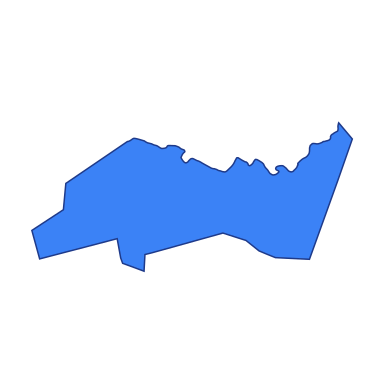 Petoa, Santa Bárbara, Honduras (Mercator projection), rotated 22°
{"feature_id": "27666195B13660887224612", "entity_name": "Petoa", "entity_type": "district", "adm_level": 2, "iso_a3": "HND", "parent_name": "Honduras", "parent_adm1": "Santa Bárbara", "projection": "mercator", "projection_center": [-88.208, 15.281], "detail": "fine", "context": "isolated", "style": "filled", "palette": "blue", "viewbox_px": 384, "rotation_deg": 22, "n_neighbors": 0, "source": "geoboundaries", "source_scale": "gbopen_adm2", "svg_char_len": 5852}
<svg xmlns="http://www.w3.org/2000/svg" viewBox="0 0 384 384"><g transform="rotate(22 192 192)"><path d="M302.1,72.9L302.1,73.6L302.2,73.9L302.4,75.2L302.6,76.1L302.7,76.4L303.2,77.5L303.6,78.2L303.8,78.8L303.9,79.1L304.1,79.9L304.2,80.6L304.2,80.8L304.1,81.0L304.0,81.3L303.8,81.5L303.5,81.8L303.3,82.0L302.7,82.8L302.0,83.6L301.7,84.0L300.8,85.5L300.3,86.1L300.1,86.5L299.9,86.8L299.8,87.2L299.7,87.8L299.7,88.2L299.7,88.7L299.7,88.9L299.8,89.1L299.9,89.3L300.1,89.5L300.3,90.2L300.3,90.4L300.2,91.0L300.2,91.4L300.1,91.7L299.9,92.1L299.7,92.4L299.5,92.6L298.9,93.2L298.3,93.7L298.1,93.9L297.8,94.1L297.5,94.2L296.5,95.1L295.9,95.5L295.5,95.7L295.3,95.8L295.1,95.9L294.8,96.1L294.7,96.2L294.6,96.3L294.4,96.7L294.2,97.1L292.3,99.0L291.8,99.4L291.4,99.7L291.1,99.9L290.6,100.2L289.8,100.6L289.5,100.7L288.0,101.0L286.8,101.4L286.5,101.5L286.2,101.6L285.9,101.8L285.7,102.0L285.4,102.1L285.3,102.3L284.8,103.4L284.3,104.3L284.2,104.5L284.3,105.4L284.4,106.5L284.5,106.9L284.5,107.2L284.7,107.6L285.2,108.9L285.6,109.9L285.8,110.8L286.0,111.7L286.1,112.1L286.1,112.6L286.0,113.1L285.9,113.7L285.7,114.6L285.5,115.2L285.3,115.8L284.9,116.5L284.6,117.0L284.4,117.4L284.1,117.7L283.5,118.3L282.8,119.1L282.2,119.9L281.9,120.4L281.6,120.8L281.3,121.5L280.8,122.3L280.2,123.8L279.7,125.0L279.5,125.7L279.4,125.8L279.5,126.0L279.7,126.5L279.8,126.7L280.1,127.0L279.9,127.2L279.9,127.4L279.9,127.6L279.9,128.1L280.0,128.4L279.9,129.5L279.9,130.0L279.7,130.7L279.6,131.1L279.4,131.6L279.1,132.4L278.5,133.6L278.4,133.9L278.3,134.4L278.1,134.7L278.0,135.0L277.6,135.4L277.1,135.8L276.8,136.0L276.6,136.1L276.3,136.3L276.0,136.3L275.5,136.4L275.1,136.4L274.5,136.4L274.1,136.4L273.6,136.3L273.4,136.2L272.9,136.0L270.2,134.6L269.9,134.5L268.1,134.0L267.0,133.7L266.6,133.7L266.3,133.7L265.9,133.8L265.5,133.9L265.1,134.1L264.5,134.3L264.2,134.5L263.6,134.8L262.8,135.3L262.1,135.8L261.6,136.3L261.1,136.9L261.0,137.0L260.9,137.2L260.8,137.4L260.8,137.7L260.7,138.1L260.7,138.3L260.7,138.5L260.8,138.7L260.8,138.9L260.9,139.0L261.0,139.2L261.3,139.5L261.5,139.7L261.7,139.8L261.9,139.8L262.4,139.9L263.0,140.0L264.0,140.0L264.3,140.1L264.5,140.2L264.7,140.3L264.8,140.4L264.9,140.5L265.0,140.9L264.9,141.3L264.8,141.6L264.6,142.0L264.3,142.6L263.7,143.6L263.4,144.0L263.2,144.2L262.5,144.8L261.9,145.2L261.6,145.4L261.2,145.6L260.9,145.8L260.5,145.9L260.2,145.9L259.8,146.0L259.5,145.9L259.2,145.9L258.7,145.8L258.4,145.7L257.7,145.7L257.4,145.6L256.9,145.3L256.3,144.9L255.6,144.5L254.8,143.9L254.1,143.4L252.7,142.7L252.1,142.4L251.4,142.1L250.9,141.8L250.6,141.7L249.9,141.1L249.2,140.6L248.9,140.3L248.4,139.8L248.1,139.5L247.8,139.3L247.5,139.1L247.1,139.0L246.7,138.8L246.2,138.6L245.5,138.4L243.9,138.1L243.0,138.0L242.3,137.8L240.9,137.7L240.2,137.6L239.7,137.7L239.2,137.8L238.8,137.9L238.7,138.0L238.4,138.4L238.3,138.7L238.2,139.1L237.9,140.2L237.8,140.9L237.7,141.8L237.7,142.3L237.6,142.6L237.4,143.2L237.1,143.9L236.9,144.4L236.6,144.8L236.3,145.3L236.1,145.6L235.9,145.8L235.7,145.9L235.5,146.0L235.2,146.1L234.8,146.0L234.5,146.0L234.1,145.9L233.9,145.6L233.6,145.2L233.4,145.0L233.2,144.8L232.9,144.6L232.6,144.4L232.2,144.2L231.8,144.1L231.5,144.0L231.2,143.9L230.9,143.9L230.5,144.0L230.0,144.1L229.8,144.1L229.5,144.1L226.0,143.7L222.1,143.0L221.8,143.0L221.5,143.1L221.1,143.3L220.9,143.4L220.7,143.7L220.6,143.8L220.6,144.0L220.2,147.0L220.2,148.0L220.1,148.9L220.0,149.9L219.8,151.0L219.6,151.8L219.4,152.4L219.3,152.8L219.0,153.7L218.4,155.0L218.1,155.7L216.5,159.3L216.3,159.6L216.1,159.9L215.9,160.2L215.7,160.5L215.2,160.9L214.9,161.1L214.5,161.2L214.2,161.4L213.8,161.4L212.6,161.7L210.4,161.8L209.9,161.9L209.2,162.0L208.6,162.1L208.3,162.1L208.0,162.1L207.2,162.0L206.7,161.9L206.1,161.9L205.2,162.0L204.6,162.0L203.8,162.1L203.3,162.3L202.7,162.5L202.4,162.5L201.8,162.6L201.2,162.6L200.7,162.6L199.1,162.4L196.6,162.1L194.0,161.8L190.1,161.3L189.1,161.1L187.2,160.9L186.7,160.9L186.2,160.9L185.8,160.9L185.1,161.0L184.6,161.0L181.0,160.7L180.4,160.7L180.2,160.7L179.7,160.9L179.3,161.1L179.1,161.2L178.9,161.3L178.7,161.5L178.4,161.8L178.3,162.0L178.1,162.3L178.0,162.6L177.9,162.9L177.7,163.3L177.5,163.7L177.2,164.5L177.0,165.4L176.9,165.6L176.5,166.2L176.2,166.6L176.0,166.8L175.8,167.0L175.6,167.1L175.4,167.3L175.1,167.4L174.9,167.4L174.7,167.4L174.2,167.4L173.8,167.3L173.2,167.1L172.8,166.9L172.0,166.5L171.5,166.2L171.2,166.0L170.1,165.2L169.5,164.7L169.0,164.3L168.9,164.2L168.9,162.7L169.0,161.1L169.1,160.4L169.4,159.4L169.6,158.8L169.8,158.4L170.0,158.1L170.1,157.9L170.2,157.7L170.2,157.3L170.2,157.1L170.0,156.8L169.7,156.6L169.5,156.4L169.3,156.2L169.0,156.1L168.8,156.0L168.7,156.0L166.1,156.1L165.9,156.1L164.8,155.8L164.3,155.7L163.7,155.5L163.3,155.4L163.0,155.3L162.7,155.3L162.1,155.3L161.0,155.3L160.4,155.3L159.7,155.4L159.1,155.4L158.8,155.5L158.0,155.8L154.4,157.1L152.9,157.7L152.7,157.8L152.3,158.1L152.2,158.3L152.0,158.5L151.9,158.8L151.9,159.0L151.8,159.6L151.7,160.0L151.5,160.3L151.4,160.6L151.3,160.8L151.1,161.0L150.9,161.1L150.4,161.5L149.5,162.1L149.0,162.3L148.3,162.7L147.9,162.9L147.6,163.0L147.2,163.0L146.9,163.0L146.4,163.0L146.0,163.0L145.2,162.8L144.1,162.6L143.6,162.5L142.7,162.3L142.0,162.3L141.3,162.3L140.1,162.5L139.1,162.6L138.3,162.6L137.0,162.5L136.3,162.5L134.2,162.8L132.7,163.0L132.3,163.1L131.6,163.0L130.6,162.9L129.9,162.8L129.1,162.6L128.9,162.5L128.7,162.5L123.4,163.0L120.4,163.4L119.0,163.7L118.7,163.8L118.3,163.9L118.1,164.0L117.9,164.1L117.7,164.3L117.2,164.8L116.4,166.0L115.5,167.4L115.3,167.6L115.1,167.9L114.4,168.6L114.1,168.9L113.9,169.0L113.7,169.2L113.4,169.3L113.2,169.4L71.8,231.3L79.4,256.6L57.9,287.6L75.8,311.1L140.1,263.3L150.6,279.9L154.4,284.1L177.2,283.4L171.8,267.6L177.6,263.4L236.0,218.5L260.2,216.7L276.2,221.5L284.4,221.6L293.9,221.6L326.1,210.4L322.9,126.9L320.8,82.8L302.1,72.9Z" fill="#3b82f6" stroke="#1e3a8a" stroke-width="1.5"/></g></svg>